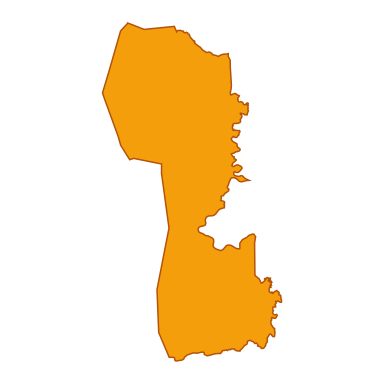 Namaacha, Maputo, Mozambique (Mercator projection)
{"feature_id": "85939544B88728478280907", "entity_name": "Namaacha", "entity_type": "district", "adm_level": 2, "iso_a3": "MOZ", "parent_name": "Mozambique", "parent_adm1": "Maputo", "projection": "mercator", "projection_center": [32.28, -26.074], "detail": "fine", "context": "isolated", "style": "filled", "palette": "amber", "viewbox_px": 384, "rotation_deg": 0, "n_neighbors": 0, "source": "geoboundaries", "source_scale": "gbopen_adm2", "svg_char_len": 6023}
<svg xmlns="http://www.w3.org/2000/svg" viewBox="0 0 384 384"><path d="M236.7,94.5L236.0,93.7L234.4,93.5L230.9,95.0L230.4,94.1L230.3,92.8L231.2,88.3L231.4,85.2L230.3,67.4L230.2,60.8L230.1,60.1L228.2,56.3L228.3,53.6L226.9,54.0L225.5,54.0L224.7,54.3L224.0,54.0L222.9,54.5L222.3,54.4L221.1,55.0L220.2,55.3L218.4,56.4L216.7,55.7L212.4,54.6L211.8,53.3L211.0,53.1L210.2,52.3L208.5,52.0L207.5,52.5L206.4,52.4L202.5,49.9L200.4,47.4L197.6,45.5L194.7,43.1L194.4,42.3L194.8,42.0L194.7,41.2L194.5,40.9L193.9,41.0L193.2,40.6L192.9,40.1L191.4,38.5L190.0,36.8L189.4,34.6L188.0,33.8L187.8,33.1L186.4,32.3L185.6,32.7L184.6,32.7L183.5,32.1L183.5,31.3L183.2,31.0L181.8,31.0L180.8,30.7L180.6,30.4L178.2,30.4L177.2,31.0L176.7,31.8L174.3,26.4L144.1,29.4L127.7,23.0L127.6,23.4L120.6,30.9L108.7,72.3L102.5,92.9L104.7,99.4L118.2,136.5L120.7,145.3L129.7,159.7L133.7,158.4L161.6,164.0L161.5,173.1L169.0,228.1L157.0,289.5L158.7,332.5L169.2,357.3L173.1,357.3L174.0,357.5L174.6,358.2L175.0,360.5L176.0,361.0L181.8,360.1L183.0,359.6L183.7,359.1L184.4,357.4L187.2,355.0L193.3,352.9L197.0,353.2L201.9,352.1L203.2,352.2L204.0,352.5L204.2,353.1L204.2,353.9L204.4,354.6L205.8,355.0L206.7,355.7L207.4,355.7L209.4,355.4L213.7,354.1L215.8,353.7L219.9,353.4L220.4,353.6L220.8,353.3L221.2,352.3L222.0,351.9L222.1,351.2L222.5,350.6L223.4,350.5L224.2,350.6L225.6,349.9L226.1,349.9L227.1,350.5L227.7,350.5L228.7,349.5L230.6,349.7L231.1,349.0L231.6,348.9L234.7,349.1L235.0,350.0L235.4,350.3L237.4,351.0L239.2,350.8L239.9,351.2L240.5,349.9L241.8,348.9L244.0,346.2L245.0,345.2L246.4,344.6L247.0,344.0L247.6,341.2L249.2,340.5L250.7,340.5L251.8,341.3L253.4,341.8L254.8,343.5L256.2,343.0L257.6,344.3L257.9,345.3L257.6,346.0L260.4,346.9L260.8,347.1L261.2,348.3L262.7,348.5L263.8,348.1L265.6,345.6L265.9,343.8L267.3,341.9L267.1,341.1L267.4,339.7L267.0,338.4L269.5,334.4L270.1,334.1L270.9,334.2L272.8,336.5L274.2,336.7L274.6,336.2L275.0,331.7L274.3,330.0L274.8,329.1L274.7,328.7L273.8,327.9L273.1,327.6L272.3,325.9L271.4,325.0L271.0,323.5L270.8,320.9L271.0,320.4L271.4,320.4L271.7,320.0L271.6,319.5L271.8,318.5L271.5,318.2L271.5,317.7L272.4,317.4L273.7,318.2L275.1,318.4L276.2,317.6L277.2,315.3L277.0,314.8L276.5,314.4L275.0,314.9L274.2,314.8L273.0,313.7L272.6,312.5L273.4,310.8L272.8,309.8L272.8,307.7L273.1,307.0L273.5,306.9L275.2,307.1L275.6,306.9L275.6,305.7L275.0,304.8L275.1,304.3L276.1,303.4L276.1,302.1L275.6,301.5L275.8,301.2L276.8,301.6L277.9,301.0L280.3,302.3L281.2,302.3L281.5,302.0L281.5,300.2L280.8,298.0L280.9,296.0L280.2,295.0L279.2,294.9L278.7,293.7L279.2,292.8L278.7,292.0L277.8,291.6L276.8,290.5L274.1,291.9L273.4,293.0L272.8,293.3L272.4,293.4L272.1,293.1L272.2,292.5L272.1,292.1L271.5,292.1L270.7,292.7L269.5,292.0L269.1,291.0L269.2,288.9L269.7,287.2L270.7,287.3L270.1,286.6L270.9,285.9L270.2,285.8L270.1,285.4L270.5,285.1L270.9,285.4L271.4,285.3L271.3,284.9L270.9,284.7L270.8,284.2L271.9,282.2L271.4,281.9L271.1,281.1L270.7,280.9L270.5,281.1L270.7,281.6L270.7,282.2L270.2,281.8L269.2,281.7L269.0,281.0L268.2,280.5L268.2,280.3L268.5,280.0L269.3,280.1L270.2,280.8L270.3,279.9L269.7,279.8L270.5,278.2L270.2,278.1L269.7,278.8L269.4,278.8L268.7,278.0L268.1,278.2L267.2,277.5L266.4,278.2L266.1,279.0L265.7,279.0L265.1,278.4L264.8,278.5L264.5,278.8L264.6,279.2L265.1,279.7L264.9,280.6L262.4,282.8L261.2,283.1L259.2,278.9L255.1,275.6L254.9,273.6L254.6,243.2L255.6,236.4L254.9,235.8L254.2,234.5L253.6,234.1L252.5,234.1L249.0,235.3L246.9,237.3L242.6,239.5L240.4,242.4L239.8,243.7L239.9,248.0L239.6,248.8L237.9,248.8L235.7,248.2L231.3,245.4L228.5,245.0L227.1,245.3L226.1,245.9L223.0,249.5L221.4,250.4L220.3,250.5L215.6,248.8L213.8,247.3L213.1,245.7L213.1,245.1L213.7,242.0L213.7,239.9L213.2,239.0L211.9,237.8L208.3,236.0L205.4,235.4L202.9,233.7L200.1,232.7L198.9,231.9L198.3,230.4L198.3,228.4L198.9,227.4L200.0,226.7L204.3,225.6L205.3,225.0L205.7,223.8L205.8,222.7L205.3,220.9L205.4,219.3L205.9,217.9L206.9,216.9L208.5,216.0L212.6,215.7L214.1,215.2L215.7,213.9L218.6,210.1L219.8,209.2L221.2,208.7L223.8,207.8L224.3,207.8L224.5,206.4L224.1,205.1L224.4,205.1L224.3,203.3L224.7,202.6L224.0,201.4L220.7,200.5L221.4,198.1L221.1,196.4L221.8,195.9L223.5,195.7L224.3,194.1L225.4,193.0L226.1,192.8L228.6,190.8L228.9,189.3L228.7,189.0L227.5,188.1L227.3,186.9L228.5,184.5L229.1,182.3L229.9,180.7L230.0,180.0L231.3,178.0L234.2,177.6L235.3,178.3L236.4,178.5L237.0,179.4L237.9,179.9L238.9,181.1L240.4,181.7L242.2,181.7L246.4,180.6L249.1,180.4L244.9,178.4L242.8,176.2L242.1,175.8L241.1,175.6L239.6,176.2L238.2,176.4L235.6,175.8L234.4,175.3L233.7,173.9L233.8,172.1L234.4,171.8L236.8,172.5L238.1,172.4L239.7,171.3L241.4,169.3L241.9,168.5L242.0,167.7L241.1,166.4L237.8,164.8L235.5,165.3L234.0,166.5L232.9,166.4L232.0,165.8L231.8,165.3L232.5,164.5L232.5,163.6L232.7,163.3L236.3,160.1L236.3,159.8L235.4,159.1L234.1,158.8L234.1,156.7L233.1,156.6L232.4,155.9L231.5,154.5L231.5,153.7L234.3,153.0L235.8,151.8L236.9,151.8L237.8,151.3L239.4,150.9L240.0,150.3L240.0,149.5L239.8,148.6L239.1,148.4L238.6,147.8L237.6,147.2L237.3,146.3L237.0,146.1L237.1,144.4L236.9,143.8L233.6,141.9L232.2,140.8L231.3,139.2L231.4,138.4L231.9,137.8L232.8,137.4L232.9,136.8L233.2,136.5L233.9,136.4L234.9,137.4L235.3,137.5L236.3,137.5L237.0,137.2L237.8,135.9L239.0,134.8L238.8,133.3L239.6,132.6L239.9,131.9L239.8,130.9L239.5,130.5L238.0,130.7L235.9,130.2L234.5,130.4L233.2,130.3L233.2,130.0L233.8,129.7L233.8,129.3L232.6,129.1L232.4,128.5L232.4,126.9L233.1,125.8L232.6,125.2L232.6,124.8L233.1,124.1L234.3,123.5L238.0,123.3L239.7,122.6L240.5,121.8L240.6,121.2L240.2,119.8L241.9,116.9L241.7,115.2L240.5,114.4L240.3,113.9L240.4,113.2L241.2,113.2L241.9,113.6L243.6,113.9L244.9,114.8L246.9,114.9L247.2,114.7L247.3,113.6L248.4,110.8L247.7,109.3L248.2,108.2L247.8,106.4L248.2,105.7L247.9,104.6L248.3,103.9L248.2,103.3L247.2,102.9L246.7,103.5L246.6,104.7L245.6,104.1L244.8,104.8L244.4,104.8L243.6,104.3L243.1,103.6L243.0,102.9L242.3,102.2L240.8,101.6L239.7,102.0L239.0,102.0L238.0,100.8L238.1,99.8L237.7,99.2L237.6,98.5L239.4,95.9L238.9,95.4L237.6,95.2L236.7,94.5Z" fill="#f59e0b" stroke="#b45309" stroke-width="1.5"/></svg>